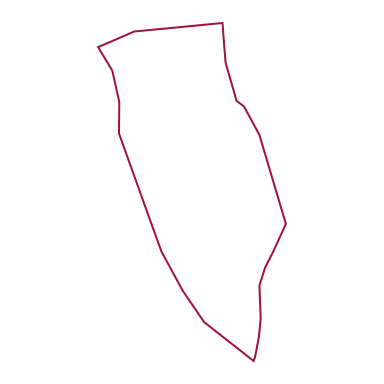 the district of Chollima, P'yŏngan-namdo, North Korea
{"feature_id": "82179303B23985566152661", "entity_name": "Chollima", "entity_type": "district", "adm_level": 2, "iso_a3": "PRK", "parent_name": "North Korea", "parent_adm1": "P'yŏngan-namdo", "projection": "equal_earth", "projection_center": [125.571, 38.952], "detail": "fine", "context": "isolated", "style": "outline", "palette": "rose", "viewbox_px": 384, "rotation_deg": 0, "n_neighbors": 0, "source": "geoboundaries", "source_scale": "gbopen_adm2", "svg_char_len": 430}
<svg xmlns="http://www.w3.org/2000/svg" viewBox="0 0 384 384"><path d="M98.1,47.1L112.3,70.7L119.3,102.1L119.0,133.5L133.1,172.8L147.2,212.1L161.4,251.4L182.7,290.7L204.1,322.1L253.6,361.0L255.1,356.9L258.8,337.5L260.7,318.8L259.4,285.6L265.0,267.8L272.4,253.3L282.5,231.4L285.9,224.0L259.4,134.9L244.0,106.5L236.6,100.9L225.6,62.7L224.4,48.1L222.5,23.0L134.3,31.5L98.1,47.1Z" fill="none" stroke="#9f1239" stroke-width="2"/></svg>